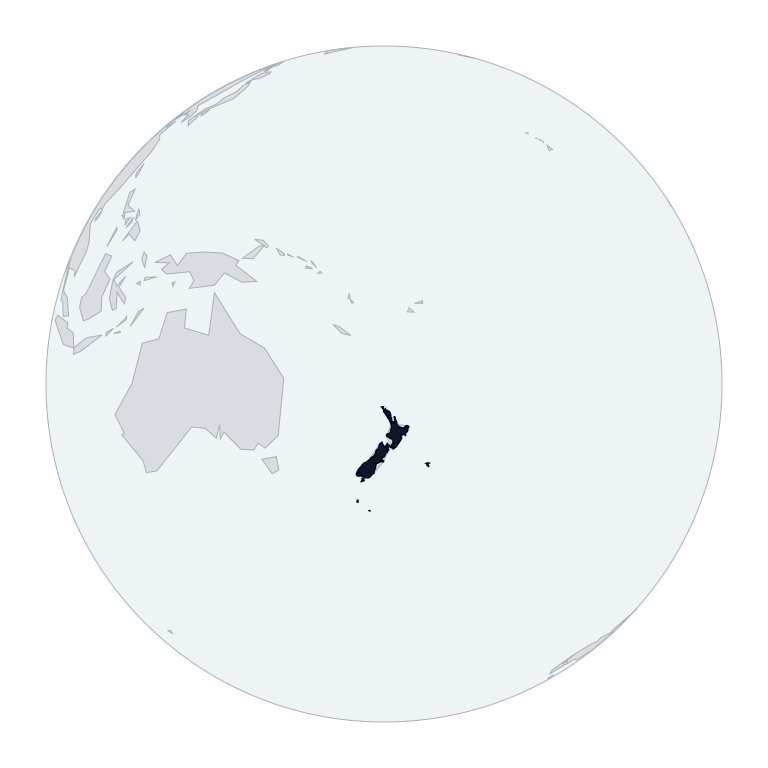 the Earth from above New Zealand
{"feature_id": "NZL", "entity_name": "New Zealand", "entity_type": "country or territory", "adm_level": 0, "iso_a3": "NZL", "parent_name": "Oceania", "parent_adm1": "", "projection": "orthographic", "projection_center": [173.207, -30.558], "detail": "fine", "context": "on_globe", "style": "filled", "palette": "ink", "viewbox_px": 768, "rotation_deg": 0, "n_neighbors": 0, "source": "natural_earth", "source_scale": "50m", "svg_char_len": 10829}
<svg xmlns="http://www.w3.org/2000/svg" viewBox="0 0 768 768"><circle cx="384" cy="384" r="338" fill="#eef3f6" stroke="#a8b0b8"/><path d="M422.4,300.6L422.8,303.1L422.3,303.4L422.4,300.6ZM671.9,207.1L668.1,201.0L668.0,200.8L671.9,207.1ZM473.9,58.3L473.8,58.2L457.7,54.7L467.4,56.5L473.9,58.3ZM591.8,650.4L590.0,651.0L577.7,659.4L573.5,659.8L565.2,664.7L567.6,662.5L567.3,661.4L563.6,663.0L576.0,653.2L592.1,643.5L596.9,641.8L600.4,638.1L611.9,631.9L611.6,631.1L631.5,613.7L636.8,608.3L615.3,630.4L591.8,650.4ZM549.1,150.5L546.9,145.0L552.7,149.5L549.1,150.5ZM542.6,141.0L544.0,143.0L542.2,141.2L542.6,141.0ZM539.3,139.3L541.7,140.6L539.1,139.7L539.3,139.3ZM535.0,137.8L537.3,138.4L537.1,138.6L535.0,137.8ZM528.0,133.9L526.1,132.8L528.1,132.8L528.0,133.9ZM551.5,670.6L573.1,655.0L562.7,663.3L564.8,664.5L550.1,673.7L551.5,670.6ZM553.7,674.6L550.7,677.2L547.2,679.2L548.5,677.9L553.7,674.6ZM352.3,47.6L349.5,47.9L352.5,47.7L346.6,49.0L323.9,54.1L329.0,50.7L338.3,49.2L352.3,47.6ZM272.2,65.1L275.4,64.0L274.9,64.6L250.2,76.4L198.2,105.6L196.9,110.4L191.5,115.8L181.0,122.5L188.5,114.5L184.9,114.8L190.7,109.9L176.3,119.2L184.1,112.6L169.1,124.0L166.2,127.5L176.0,120.9L159.7,134.8L159.6,139.7L150.9,152.2L121.8,185.8L105.1,203.8L102.3,209.1L100.2,208.1L90.5,223.3L88.9,242.8L86.5,251.4L74.1,277.0L75.1,270.8L69.5,268.0L63.4,290.5L67.4,298.2L68.7,315.8L63.3,316.4L62.7,301.7L60.8,300.1L64.9,281.1L70.3,259.6L65.2,272.2L68.8,262.3L78.4,239.9L89.5,218.2L102.2,197.4L116.4,177.6L132.0,158.9L148.8,141.3L166.9,125.0L186.1,110.1L206.4,96.5L227.6,84.5L249.5,74.0L272.2,65.1ZM167.5,630.4L171.0,630.8L172.7,633.9L167.5,630.4ZM113.6,333.3L120.2,331.2L120.2,332.8L113.6,333.3ZM106.5,332.1L113.5,328.4L105.8,336.0L106.5,332.1ZM116.3,327.1L123.5,320.3L126.6,316.3L126.4,319.6L116.3,327.1ZM102.0,335.0L80.7,351.2L73.3,354.4L74.2,347.5L86.3,337.8L102.0,335.0ZM73.7,348.0L63.4,344.6L55.1,320.4L57.9,315.2L67.8,322.9L67.0,328.2L73.2,332.8L73.7,348.0ZM101.8,297.1L101.1,311.2L88.6,318.9L83.4,321.0L79.6,307.3L81.7,297.3L85.7,294.1L105.6,253.7L111.7,256.1L104.6,271.4L109.9,279.0L101.8,297.1ZM116.9,230.3L106.7,246.7L117.0,226.9L116.9,230.3ZM124.9,213.6L123.9,219.0L121.9,215.4L124.9,213.6ZM99.1,216.6L94.6,221.6L96.1,217.9L102.7,209.4L99.1,216.6ZM144.2,163.4L138.4,173.8L135.5,178.1L136.3,173.2L144.2,163.4ZM379.1,445.0L388.6,449.7L383.5,461.7L373.4,473.6L357.4,476.0L379.1,445.0ZM272.2,473.7L261.9,459.3L276.3,456.6L278.8,470.0L272.2,473.7ZM386.8,436.6L391.0,424.2L383.0,406.9L394.0,423.2L408.7,426.6L392.9,449.3L386.8,436.6ZM191.6,427.0L156.9,470.9L146.5,472.6L143.1,460.8L121.6,434.7L124.4,433.5L115.0,414.6L132.1,383.2L142.4,343.1L158.9,338.9L167.1,312.7L186.3,309.0L184.4,328.0L208.7,335.3L214.5,292.7L239.8,333.5L264.5,348.1L283.8,378.4L278.2,435.4L265.3,448.2L258.1,443.2L253.9,450.0L240.7,449.2L224.0,432.2L220.3,439.0L219.7,424.5L216.3,438.2L205.1,428.3L191.6,427.0ZM333.4,324.8L338.9,326.4L350.8,335.5L341.7,333.3L333.4,324.8ZM409.1,307.5L413.9,312.1L407.4,311.9L409.1,307.5ZM422.3,303.4L414.4,303.4L422.4,300.6L422.3,303.4ZM350.1,299.3L353.7,302.4L351.9,303.3L350.1,299.3ZM347.7,298.2L349.3,293.9L350.4,298.5L347.7,298.2ZM317.8,273.3L320.1,271.2L321.8,272.9L317.8,273.3ZM130.2,326.5L138.5,311.3L144.0,308.2L130.2,326.5ZM312.8,268.6L305.8,268.1L306.1,265.9L312.8,268.6ZM312.2,263.4L310.9,260.2L316.6,267.6L312.2,263.4ZM298.1,256.4L307.2,261.9L297.3,257.0L298.1,256.4ZM293.5,257.2L287.5,254.9L287.7,253.9L293.5,257.2ZM235.6,265.0L256.8,281.4L241.9,282.3L224.4,272.9L214.4,285.2L189.4,288.4L194.0,280.7L189.7,271.7L166.3,274.0L161.6,269.2L169.2,262.8L154.9,262.5L170.3,254.9L177.5,265.5L186.6,253.3L204.1,252.0L222.5,253.1L239.0,260.7L235.6,265.0ZM172.1,282.6L175.0,281.8L172.9,286.4L172.1,282.6ZM276.1,248.0L284.8,254.1L284.1,255.7L280.0,254.8L276.1,248.0ZM242.5,258.1L259.6,245.9L264.0,245.8L253.0,258.8L242.5,258.1ZM254.6,239.4L263.3,240.3L268.4,246.0L266.7,247.7L254.6,239.4ZM140.4,281.2L140.1,284.9L136.4,283.6L140.4,281.2ZM145.1,277.3L156.8,276.9L144.2,280.6L145.1,277.3ZM114.0,279.5L116.8,286.1L125.7,276.4L119.0,287.2L125.9,297.8L124.2,304.0L117.1,292.2L116.2,308.6L112.4,310.4L109.4,298.4L112.8,280.7L116.6,272.4L133.1,261.8L114.0,279.5ZM144.6,267.3L141.7,259.1L144.1,252.1L147.1,255.8L144.6,267.3ZM134.8,240.9L129.1,234.0L122.4,241.0L137.3,220.9L140.1,230.6L134.8,240.9ZM132.2,221.7L125.8,227.9L133.4,217.0L132.2,221.7ZM125.0,225.4L125.9,219.0L130.1,217.6L125.0,225.4ZM135.2,220.5L138.9,208.6L139.8,214.2L135.2,220.5ZM128.0,205.3L134.6,211.1L123.4,212.9L129.8,192.4L135.1,189.1L128.0,205.3ZM200.5,116.3L203.0,112.4L209.6,109.5L206.0,112.9L200.5,116.3ZM233.7,98.6L212.3,107.5L195.5,116.1L197.6,116.7L188.3,125.5L188.5,120.6L204.9,109.0L216.5,104.0L224.2,97.8L236.4,91.8L243.0,85.7L250.2,82.1L247.8,86.4L233.7,98.6ZM245.4,83.4L261.3,73.4L271.0,71.9L269.7,73.8L258.3,78.8L253.8,79.2L245.4,83.4ZM268.0,70.8L263.8,71.4L278.4,63.2L283.9,61.3L278.0,65.4L273.7,66.4L268.4,69.1L268.0,70.8Z" fill="#d9dde1" stroke="#a8b0b8" stroke-width="1"/><path d="M383.6,446.9L384.1,446.9L386.4,445.2L387.3,444.8L387.5,444.8L387.3,445.2L387.0,445.3L387.1,445.7L386.9,446.0L386.9,446.4L386.6,446.8L387.1,446.6L387.2,446.3L387.1,446.2L387.3,445.8L387.6,445.7L387.5,445.2L388.1,445.3L388.5,445.2L388.5,445.4L388.9,445.4L388.4,446.2L387.7,446.7L388.1,446.7L389.2,445.9L389.2,446.4L388.6,447.1L388.0,447.4L387.8,447.7L387.9,448.2L388.2,448.5L387.9,449.1L388.2,449.1L388.7,449.6L388.4,450.2L387.4,451.5L387.0,451.8L387.0,452.3L386.8,452.6L385.5,454.0L384.6,455.9L384.1,456.7L383.4,457.2L382.6,457.5L381.9,458.3L381.5,458.4L381.5,458.5L382.0,458.8L381.8,459.1L381.2,459.3L381.1,459.5L381.8,459.4L382.0,459.5L382.3,460.4L383.4,460.7L383.6,461.4L383.5,461.7L383.4,461.8L382.8,461.9L382.3,461.8L382.1,461.5L381.0,461.7L380.9,461.6L381.3,461.3L380.9,461.0L380.5,461.3L380.5,461.6L380.4,461.8L380.1,461.8L379.0,460.9L379.6,462.0L377.4,463.3L376.5,463.4L376.4,463.8L376.2,464.1L375.7,464.1L376.0,464.3L375.7,465.6L375.6,467.0L375.4,467.9L374.8,467.9L375.4,468.2L375.3,468.6L374.6,469.6L374.4,470.5L373.7,472.3L373.7,472.5L374.1,472.9L374.0,473.3L372.6,473.8L372.2,474.1L371.7,475.1L370.6,476.1L369.7,477.3L368.4,477.8L367.4,477.9L366.0,477.5L365.2,477.8L364.8,477.7L364.5,477.8L364.2,477.5L364.3,477.2L364.2,476.9L363.6,476.5L362.2,476.6L361.5,475.6L360.9,475.4L360.7,475.4L360.4,475.9L360.2,476.0L359.1,476.1L358.0,476.0L357.6,475.9L357.5,475.5L358.3,474.4L357.5,475.0L357.2,475.0L357.5,474.5L357.4,474.1L357.0,474.5L356.5,474.6L356.4,474.2L356.5,473.8L356.5,473.7L357.8,473.4L358.3,473.3L358.5,473.0L357.7,473.0L357.6,472.7L358.4,472.0L357.3,472.1L357.3,471.7L357.4,471.4L358.0,471.3L357.8,471.1L357.8,470.8L358.6,471.2L359.0,471.3L358.8,471.0L358.8,470.8L359.2,470.6L358.4,470.2L358.3,469.7L358.7,469.2L359.0,469.5L359.3,469.4L358.9,468.9L359.0,468.7L359.8,467.9L360.1,468.6L360.1,468.2L360.1,467.6L360.5,467.4L361.3,466.5L361.8,466.9L361.6,466.5L361.5,466.0L363.5,463.5L363.9,463.2L364.7,462.8L365.3,462.9L366.4,462.1L366.9,462.4L366.7,461.8L366.8,461.6L368.2,460.6L368.9,460.4L369.3,460.1L369.6,460.1L369.6,459.7L369.9,459.6L369.7,459.5L370.3,459.0L371.2,457.9L371.5,457.8L371.9,458.0L371.8,457.7L371.5,457.6L372.2,457.2L372.8,457.5L372.5,457.2L372.4,457.0L373.0,456.7L373.3,457.1L373.4,456.5L374.3,455.3L374.5,455.5L374.5,456.2L374.6,455.1L375.2,454.0L375.8,453.8L375.5,453.4L375.9,451.6L376.4,449.9L376.7,449.7L377.5,449.5L378.4,448.4L378.7,447.8L379.1,446.4L379.2,445.0L379.8,443.9L381.5,442.5L382.3,442.3L382.8,442.5L381.9,442.6L381.8,443.3L382.0,443.9L383.0,444.4L383.3,445.0L383.4,446.3L383.6,446.9ZM384.3,409.8L384.4,410.1L385.2,409.3L385.1,409.8L385.3,409.9L386.4,410.2L386.6,410.5L386.8,410.6L387.1,410.3L388.3,411.0L388.4,411.7L388.5,412.0L388.8,412.0L389.4,411.6L390.4,413.6L390.2,414.1L390.6,414.8L389.7,414.7L389.7,414.9L391.6,417.9L391.3,419.0L391.6,419.7L391.4,419.9L391.3,420.6L391.1,420.8L391.2,421.0L391.7,421.2L391.9,421.4L392.1,421.2L392.7,421.5L393.9,422.0L394.1,422.9L394.2,423.2L395.0,423.2L394.8,421.2L394.8,420.2L394.3,419.4L394.4,419.1L394.7,418.9L395.7,420.6L396.1,420.5L396.1,420.9L396.4,421.3L396.6,421.8L397.0,424.6L397.6,425.2L397.6,425.5L397.3,425.4L397.2,425.5L397.5,425.9L398.4,426.1L400.6,427.4L402.4,428.0L402.9,428.1L403.7,427.9L404.2,427.6L405.1,426.5L406.4,425.6L407.6,425.8L408.8,426.6L408.1,428.1L407.6,430.9L407.3,431.5L406.4,432.3L405.9,432.5L405.5,434.2L405.7,434.9L405.5,435.5L405.3,435.4L404.9,434.7L403.7,434.4L402.7,434.6L401.7,435.2L401.1,436.0L401.0,437.1L401.1,437.4L401.7,437.8L400.4,440.6L399.7,441.4L399.3,442.2L398.2,443.5L397.6,444.7L396.3,446.6L395.0,447.7L393.3,448.9L392.9,448.7L392.7,447.7L392.2,447.6L391.4,447.8L391.4,446.9L391.5,446.7L391.4,446.6L391.2,446.6L391.1,446.8L391.2,447.0L390.9,447.2L390.5,447.2L390.3,447.0L392.1,444.4L392.8,443.1L393.2,441.2L392.8,440.2L392.1,439.2L391.3,438.7L390.2,438.4L389.2,437.4L387.3,436.6L386.8,436.1L386.5,435.5L386.6,434.8L386.9,434.4L388.0,433.8L389.5,433.4L390.2,432.7L390.4,432.4L390.7,430.3L391.0,429.1L391.4,428.4L391.6,428.0L391.4,427.2L391.6,426.9L392.0,426.7L391.1,424.6L391.3,423.9L391.0,423.9L390.5,422.5L390.6,422.4L390.8,422.5L391.2,423.2L391.2,422.8L391.5,422.6L392.1,422.5L391.4,421.6L390.6,421.9L390.0,421.6L389.6,420.3L388.7,419.0L388.9,418.9L389.7,419.6L389.9,419.1L389.9,418.7L389.4,418.3L389.4,418.0L389.6,417.7L389.1,417.0L389.1,417.5L388.0,416.8L387.4,415.5L387.4,416.2L388.6,418.0L388.5,418.3L388.2,418.4L388.0,418.2L387.5,417.1L385.0,413.4L385.3,412.9L385.8,412.5L386.0,412.0L385.8,412.0L385.4,412.3L384.8,413.1L384.5,412.8L384.3,412.2L384.1,412.1L383.6,411.4L383.9,410.9L383.9,410.3L383.1,409.0L381.6,407.0L383.2,406.8L382.8,407.4L383.8,409.0L383.9,409.3L384.3,409.8ZM363.6,479.3L363.6,479.5L363.2,479.5L363.6,479.9L363.7,480.0L364.0,480.0L364.1,480.5L363.9,480.7L363.2,480.8L362.8,481.2L362.3,481.2L361.9,481.6L361.3,481.7L361.3,481.3L361.7,481.0L361.7,480.4L362.1,480.3L362.0,479.9L362.2,479.6L362.1,479.0L362.1,478.5L362.8,478.4L363.6,479.3ZM429.0,463.2L428.8,463.3L428.5,463.3L428.0,463.8L428.1,463.4L428.0,463.2L427.5,463.3L427.8,463.5L427.5,463.7L427.7,464.3L427.9,464.3L428.1,464.7L428.1,464.9L427.6,465.0L427.3,465.2L426.9,465.1L426.9,464.7L427.4,464.0L427.3,463.7L427.0,463.5L426.1,463.4L426.5,463.1L426.9,463.1L427.4,462.9L429.0,463.2ZM358.0,501.5L358.1,502.0L357.5,501.9L357.2,501.6L357.1,501.9L356.8,501.8L356.9,501.6L357.4,501.1L357.4,500.3L357.9,500.2L358.1,500.4L357.9,500.7L358.0,501.1L357.8,501.3L358.0,501.5ZM395.0,417.2L395.1,418.1L394.8,418.0L394.6,417.8L394.2,417.4L394.1,416.9L394.4,416.6L394.5,416.6L395.0,417.2ZM387.2,444.5L386.6,444.8L386.7,444.1L387.4,443.6L387.4,444.0L387.2,444.5ZM357.4,472.8L357.4,473.2L356.6,473.1L356.7,472.8L357.2,472.6L357.4,472.8ZM369.5,510.5L369.8,510.8L369.4,510.9L369.1,510.7L369.5,510.5ZM358.2,470.0L358.4,470.7L358.0,470.6L357.8,470.4L358.2,470.0ZM428.5,466.5L428.3,466.5L428.4,466.0L428.7,466.0L428.8,466.2L428.5,466.5Z" fill="#0f172a" stroke="#020617" stroke-width="1.5"/></svg>